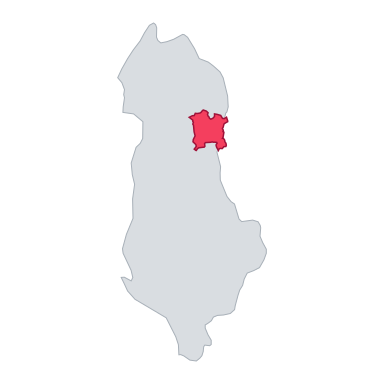 Dibër, Dibër, Albania shown in context
{"feature_id": "67620474B73468897065558", "entity_name": "Dibër", "entity_type": "district", "adm_level": 2, "iso_a3": "ALB", "parent_name": "Albania", "parent_adm1": "Dibër", "projection": "mercator", "projection_center": [20.381, 41.713], "detail": "fine", "context": "in_parent", "style": "filled", "palette": "rose", "viewbox_px": 384, "rotation_deg": 0, "n_neighbors": 0, "source": "geoboundaries", "source_scale": "gbopen_adm2", "svg_char_len": 2565}
<svg xmlns="http://www.w3.org/2000/svg" viewBox="0 0 384 384"><path d="M122.9,112.4L123.2,106.8L124.5,97.7L123.7,94.7L124.5,89.6L121.9,82.7L117.7,77.7L121.8,68.9L127.8,58.3L133.3,49.9L140.1,41.0L144.6,32.6L149.4,25.3L153.6,23.0L155.6,24.6L156.7,27.8L156.5,37.2L157.9,40.5L160.8,42.9L166.8,41.7L173.6,39.3L182.6,34.4L184.2,34.7L187.6,37.3L194.5,48.6L199.2,58.6L208.3,62.1L213.4,66.0L220.0,71.9L223.2,77.9L227.6,96.0L228.2,106.9L226.9,111.9L225.7,113.2L221.7,131.0L222.6,140.0L222.6,145.9L219.2,148.3L216.9,152.0L220.6,166.7L220.1,173.0L220.3,180.2L227.0,196.5L231.0,201.6L234.5,204.0L239.0,219.0L241.7,221.6L252.7,220.1L258.1,221.8L260.2,225.4L260.7,227.8L260.0,236.2L262.7,242.6L266.3,249.2L266.3,253.3L263.9,259.9L259.5,267.6L253.7,270.6L247.2,273.1L244.2,279.1L242.6,285.4L239.7,290.1L238.0,295.3L235.2,305.8L234.6,309.6L230.3,313.5L223.5,315.0L217.5,315.4L213.4,317.1L211.4,320.7L207.5,323.6L205.2,324.9L205.2,328.1L208.0,334.8L211.2,340.2L211.2,344.5L209.7,345.7L204.8,345.1L203.7,346.7L203.2,351.6L201.9,355.7L199.8,358.2L196.3,361.0L189.9,360.1L183.8,355.9L180.7,354.6L178.9,354.8L178.4,344.7L175.8,336.8L166.2,317.8L135.0,299.3L127.6,291.0L124.4,284.0L121.2,277.4L124.3,277.2L127.3,278.8L131.2,280.9L132.8,277.5L131.1,270.3L123.1,253.3L122.5,248.7L126.4,234.4L133.0,218.4L132.6,199.0L134.6,184.3L132.3,174.7L131.2,163.0L136.1,147.3L140.2,143.4L142.7,138.5L142.9,121.7L133.6,113.9L122.9,112.4Z" fill="#d9dde1" stroke="#a8b0b8" stroke-width="1"/><path d="M197.1,113.5L195.3,113.3L194.2,115.6L192.4,115.7L189.2,117.3L192.8,120.2L192.8,121.5L193.4,122.3L192.8,124.1L193.5,125.3L194.1,131.8L195.1,135.9L193.3,139.5L193.0,141.8L195.8,144.5L196.3,146.3L195.1,148.0L194.2,149.1L195.8,150.4L196.3,150.5L197.4,148.8L198.7,147.8L201.1,147.5L204.3,147.1L204.9,146.3L204.6,143.5L205.5,142.6L210.4,142.3L212.4,141.9L213.1,142.2L214.9,142.2L216.7,142.4L217.1,143.3L216.2,144.5L216.1,145.5L216.6,147.2L218.4,150.5L219.2,148.8L220.3,148.4L222.2,148.6L223.0,147.7L223.8,146.7L225.9,146.5L226.3,145.4L226.1,143.9L225.8,143.0L224.8,141.6L224.7,140.2L223.4,138.3L222.5,138.3L223.0,137.3L223.3,136.0L223.5,134.7L223.9,132.5L223.5,131.5L223.0,131.5L223.3,130.2L222.4,128.6L222.7,127.9L223.1,127.4L223.5,125.9L223.8,124.6L224.2,123.7L226.2,122.5L227.7,121.7L227.7,120.9L226.5,117.2L224.3,118.6L222.5,118.4L220.7,115.4L217.3,114.4L214.5,113.9L214.5,116.5L212.8,118.3L210.8,119.2L209.5,118.3L208.9,116.8L208.1,116.1L207.5,114.4L208.1,112.8L206.4,111.1L205.3,110.7L203.2,110.0L201.9,111.2L201.0,112.4L199.8,113.1L197.1,113.5Z" fill="#f43f5e" stroke="#9f1239" stroke-width="1.5"/></svg>